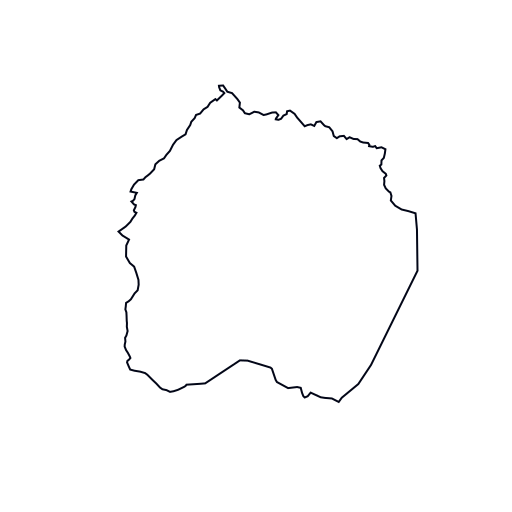 outline of Vretsia, Paphos, Cyprus, rotated 62°
{"feature_id": "46923920B56659599424200", "entity_name": "Vretsia", "entity_type": "district", "adm_level": 2, "iso_a3": "CYP", "parent_name": "Cyprus", "parent_adm1": "Paphos", "projection": "robinson", "projection_center": [32.659, 34.892], "detail": "fine", "context": "isolated", "style": "outline", "palette": "ink", "viewbox_px": 512, "rotation_deg": 62, "n_neighbors": 0, "source": "geoboundaries", "source_scale": "gbopen_adm2", "svg_char_len": 2715}
<svg xmlns="http://www.w3.org/2000/svg" viewBox="0 0 512 512"><g transform="rotate(62 256 256)"><path d="M276.3,109.6L270.3,110.9L266.6,108.2L262.9,107.5L261.6,108.4L257.2,109.7L253.3,109.5L250.2,107.5L247.2,106.3L246.1,103.1L244.4,102.8L240.5,104.5L237.0,104.8L234.4,104.3L234.1,102.4L230.5,100.3L229.4,97.1L226.1,94.2L222.5,91.6L218.9,94.2L217.5,98.8L214.9,99.2L214.5,101.5L212.1,104.6L211.0,103.7L208.8,104.0L206.1,108.1L203.9,110.2L200.5,111.5L198.4,115.0L195.1,117.6L195.3,121.1L191.2,122.0L189.6,126.0L189.9,129.3L186.6,131.0L181.8,129.9L176.7,130.9L173.9,133.9L172.5,134.5L167.4,135.8L166.1,139.8L168.5,143.5L165.5,145.8L164.6,149.0L164.3,152.1L156.9,153.8L153.1,154.7L148.6,155.2L143.6,157.7L142.8,160.6L145.1,162.3L144.9,165.9L146.6,169.4L146.3,172.2L144.6,174.4L144.1,174.0L144.0,173.9L142.1,170.1L138.5,171.0L136.9,174.4L135.9,180.3L135.1,183.1L130.5,186.2L127.8,189.8L127.8,192.5L127.7,195.4L124.7,198.8L121.3,199.1L117.1,201.0L113.0,198.2L108.5,198.8L100.9,200.7L97.5,204.2L93.4,204.6L90.0,205.0L88.3,208.8L89.6,209.3L93.0,209.7L95.5,207.9L97.3,207.5L98.2,210.2L100.3,217.5L98.4,218.2L99.2,224.5L101.6,228.8L101.9,233.4L104.0,238.5L103.3,242.7L105.5,245.5L107.1,250.1L109.5,252.6L112.3,257.8L115.5,261.1L115.7,265.3L116.3,271.8L118.8,277.0L122.8,282.7L124.6,287.6L126.6,291.4L126.5,296.7L127.8,301.8L131.6,305.2L133.5,310.9L134.1,313.9L134.5,316.6L135.6,319.5L133.8,324.3L135.7,330.2L138.5,334.7L140.2,336.5L144.3,331.6L145.8,334.1L148.7,336.6L149.5,338.7L149.4,340.4L153.2,339.5L154.7,338.2L156.2,339.5L158.3,342.4L159.9,342.6L161.7,341.3L163.4,344.0L164.9,347.5L166.9,350.9L168.8,357.2L169.9,365.9L175.2,364.3L181.9,360.4L185.8,365.6L190.8,368.4L195.5,371.0L203.0,370.7L208.2,368.6L214.7,369.6L221.9,371.0L226.3,373.1L230.7,376.6L232.0,380.7L235.5,386.8L236.2,389.7L236.4,392.7L239.6,394.8L241.8,396.4L244.9,396.9L248.1,398.4L252.6,400.6L254.6,401.4L257.9,403.3L262.0,404.6L265.4,407.8L266.8,410.0L270.3,411.5L272.6,413.5L274.3,414.5L278.1,414.9L281.3,414.6L285.5,414.6L287.1,414.8L287.9,416.8L288.1,418.1L288.2,418.7L289.4,419.8L293.8,420.2L297.2,420.4L300.2,417.2L303.7,412.6L307.3,408.9L309.8,407.7L316.7,405.6L321.8,403.9L327.1,402.5L329.7,401.2L332.4,398.0L335.6,395.7L336.7,392.3L337.5,387.9L337.6,386.3L337.8,380.6L337.6,379.0L337.0,377.8L342.4,365.8L344.6,360.7L343.0,344.2L340.6,319.2L344.4,312.6L356.7,300.2L361.3,295.6L363.0,294.9L367.9,295.7L374.6,296.8L377.1,296.7L387.7,289.7L391.0,281.2L393.4,278.4L398.5,279.6L402.0,280.0L403.8,279.4L404.1,276.2L402.3,271.9L411.1,265.2L413.7,261.7L417.4,255.9L423.7,251.5L421.4,246.8L417.1,225.8L406.2,205.6L344.8,120.3L308.3,101.5L293.2,95.1L287.9,100.4L283.3,105.6L276.9,109.5L276.3,109.6Z" fill="none" stroke="#020617" stroke-width="2"/></g></svg>